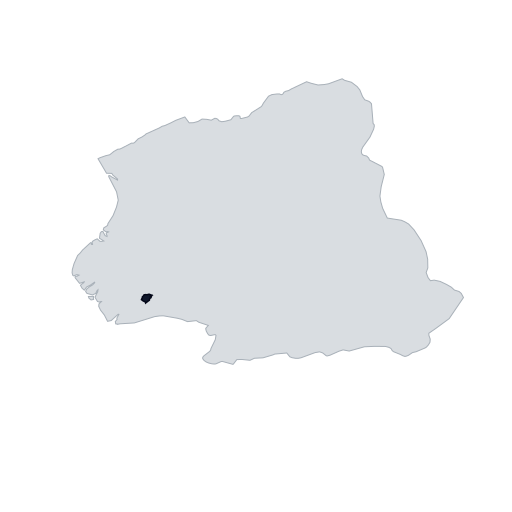 location of Yakurr, Cross River, Nigeria, rotated 63°
{"feature_id": "59680162B19335323694639", "entity_name": "Yakurr", "entity_type": "district", "adm_level": 2, "iso_a3": "NGA", "parent_name": "Nigeria", "parent_adm1": "Cross River", "projection": "equal_earth", "projection_center": [8.173, 5.82], "detail": "fine", "context": "in_parent", "style": "filled", "palette": "ink", "viewbox_px": 512, "rotation_deg": 63, "n_neighbors": 0, "source": "geoboundaries", "source_scale": "gbopen_adm2", "svg_char_len": 4679}
<svg xmlns="http://www.w3.org/2000/svg" viewBox="0 0 512 512"><g transform="rotate(63 256 256)"><path d="M387.2,90.0L399.5,112.3L402.2,128.9L403.3,137.1L405.3,138.0L409.1,138.5L411.8,140.1L413.5,142.8L414.5,145.4L414.7,146.9L414.0,156.8L413.1,160.4L413.7,165.3L413.5,167.4L413.1,168.9L411.5,170.5L409.2,172.1L403.7,176.9L402.1,177.6L399.8,177.7L397.9,178.9L395.5,181.5L390.5,191.0L386.1,200.6L383.0,216.1L379.2,221.0L378.5,225.3L378.0,235.0L377.4,237.9L376.8,238.7L372.6,240.6L370.3,242.8L368.9,247.2L367.1,262.2L366.4,264.6L365.1,267.2L363.0,270.0L361.2,271.6L356.4,272.6L351.9,283.8L351.8,285.8L349.9,296.0L346.4,303.8L346.2,308.7L341.8,315.5L339.6,320.1L341.9,325.0L342.1,325.7L334.6,333.9L334.2,335.1L333.9,340.8L333.3,342.3L331.9,344.4L329.9,346.7L327.8,348.5L325.5,349.7L323.3,350.1L322.0,349.4L321.3,347.7L320.0,340.8L319.4,339.3L317.9,338.0L312.1,330.3L308.6,327.7L307.8,327.8L307.3,328.6L306.3,332.4L305.3,333.8L303.5,334.3L300.2,334.4L297.9,333.8L297.4,333.1L296.2,330.0L289.1,337.0L286.5,338.5L283.4,346.8L278.8,350.8L275.7,354.4L267.3,365.6L265.7,368.9L264.0,373.8L260.4,394.8L254.7,407.9L253.9,410.7L253.5,410.6L252.8,411.8L250.5,411.1L249.5,408.6L248.2,408.2L245.8,404.7L245.3,405.2L247.8,414.3L246.8,417.9L239.8,417.9L233.7,419.1L229.5,419.0L227.4,417.7L226.4,414.3L226.1,414.7L225.9,416.5L224.6,417.9L219.9,418.2L217.8,415.9L216.1,413.3L214.3,412.1L214.6,413.2L216.6,415.8L216.4,419.4L212.6,423.6L210.2,423.9L208.7,422.1L207.9,419.1L207.6,414.7L206.6,411.8L206.0,411.8L206.7,416.6L206.7,421.0L208.5,424.5L205.7,425.6L202.4,425.7L202.0,424.4L201.6,421.5L201.0,420.8L200.3,425.6L193.5,427.0L192.5,426.8L192.3,425.9L192.8,424.6L192.7,422.4L191.2,424.1L191.0,427.4L190.1,428.0L187.5,427.5L184.7,425.8L180.1,421.5L174.5,414.6L173.6,411.5L171.9,407.7L169.0,397.3L169.6,396.8L170.9,397.4L171.5,396.4L169.2,395.7L168.7,394.9L168.5,392.6L168.6,389.7L172.2,388.3L173.0,386.6L173.5,384.8L169.1,387.4L165.0,384.5L164.1,382.7L164.6,381.3L169.3,381.2L171.0,379.9L170.0,379.4L168.2,379.5L167.5,378.6L167.6,376.4L167.0,376.9L166.2,378.8L163.4,380.2L161.8,378.8L161.6,375.7L161.3,374.3L159.9,373.2L155.1,365.0L149.1,358.1L143.7,353.4L135.5,351.1L118.4,351.2L117.5,350.5L118.5,349.4L120.0,348.7L125.5,344.9L124.6,344.4L118.9,346.8L116.9,347.0L114.4,351.6L97.6,352.6L97.6,350.5L98.4,344.5L99.4,340.3L98.3,335.2L98.1,330.6L98.8,329.2L99.0,327.5L98.9,315.7L99.8,314.0L99.8,312.8L98.1,307.8L98.2,303.9L97.8,300.2L97.3,298.5L98.0,284.2L97.8,280.6L98.4,278.1L98.7,271.9L98.7,265.9L99.8,256.3L107.0,255.1L108.8,251.3L109.8,246.6L109.5,241.9L111.9,237.8L114.7,234.2L114.6,230.2L115.4,229.0L116.8,228.0L118.7,227.6L120.8,225.6L122.0,222.1L123.2,216.5L121.4,212.6L121.4,211.8L122.2,209.7L123.3,207.6L124.2,206.9L126.3,207.5L126.9,206.6L128.3,200.5L128.2,198.8L126.3,194.7L125.3,183.6L124.7,182.2L123.2,180.1L119.3,172.3L119.4,168.6L121.1,163.9L122.2,161.6L123.7,160.3L124.0,159.2L123.6,157.9L122.8,156.9L122.7,154.8L123.4,151.8L123.2,148.6L123.7,131.8L127.0,128.6L131.8,123.1L134.2,117.4L135.5,113.1L137.2,98.8L139.7,97.3L144.5,92.1L150.9,89.0L155.1,88.1L162.4,88.7L166.2,88.2L169.3,85.3L170.8,84.5L172.8,84.0L191.1,91.5L192.7,91.1L194.1,91.7L196.4,93.6L201.8,100.5L207.4,111.3L209.2,113.6L210.9,114.8L212.7,115.3L214.1,115.1L215.4,114.1L217.2,112.0L219.9,111.1L222.1,111.3L233.5,103.1L234.6,103.0L241.6,104.7L251.1,113.0L258.9,118.4L264.4,120.2L270.9,121.5L281.8,121.8L290.1,110.3L293.2,107.8L296.8,105.5L304.5,103.3L317.3,101.9L329.3,102.5L336.8,104.5L344.6,108.3L348.0,111.9L353.4,112.5L357.2,111.8L358.4,108.2L362.2,103.5L367.9,99.1L372.5,96.1L376.4,94.7L379.8,91.2L382.5,90.1L387.2,90.0ZM220.3,422.9L217.7,424.0L216.0,423.7L218.3,418.9L219.5,420.0L221.0,420.4L220.3,422.9Z" fill="#d9dde1" stroke="#a8b0b8" stroke-width="1"/><path d="M242.9,377.9L243.4,377.6L244.4,377.2L246.9,375.4L247.8,375.7L247.2,372.5L247.0,371.1L246.1,370.5L246.0,370.4L245.8,370.0L245.5,369.8L245.5,368.6L245.4,368.4L245.2,368.3L245.1,368.2L244.9,368.0L244.8,367.9L244.7,367.8L244.7,367.7L244.7,367.8L244.7,367.7L244.7,367.8L244.6,367.7L244.6,367.8L244.6,367.7L244.6,367.8L244.4,367.8L244.3,367.7L244.2,367.7L244.1,367.8L244.1,367.7L243.9,367.8L243.9,367.7L243.7,367.7L243.7,367.8L243.7,367.7L243.7,367.4L243.8,367.2L243.8,366.9L243.7,367.0L243.6,366.8L243.5,367.0L243.1,367.1L242.7,367.5L242.3,367.9L242.0,368.1L241.9,368.3L241.7,368.4L241.7,368.7L241.4,369.1L241.2,369.4L241.2,369.7L241.2,370.1L241.2,370.4L241.0,370.7L240.9,370.8L240.8,371.0L240.6,371.5L240.3,371.8L240.2,372.1L240.1,372.4L239.9,373.1L239.8,373.3L240.1,374.0L240.3,374.1L240.7,375.1L240.7,375.3L240.8,375.4L240.9,375.9L241.6,376.3L241.8,376.4L242.1,376.6L242.2,377.1L242.9,377.9Z" fill="#0f172a" stroke="#020617" stroke-width="1.5"/></g></svg>